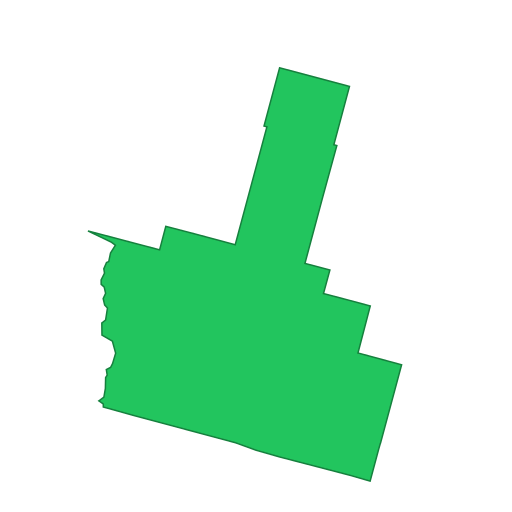 Grant, New Mexico, United States of America, rotated 195°
{"feature_id": "52423323B35670822030134", "entity_name": "Grant", "entity_type": "district", "adm_level": 2, "iso_a3": "USA", "parent_name": "United States of America", "parent_adm1": "New Mexico", "projection": "robinson", "projection_center": [-108.207, 32.536], "detail": "fine", "context": "isolated", "style": "filled", "palette": "green", "viewbox_px": 512, "rotation_deg": 195, "n_neighbors": 0, "source": "geoboundaries", "source_scale": "gbopen_adm2", "svg_char_len": 891}
<svg xmlns="http://www.w3.org/2000/svg" viewBox="0 0 512 512"><g transform="rotate(195 256 256)"><path d="M87.5,68.1L87.5,87.9L87.5,88.1L87.5,100.5L87.5,100.8L87.4,107.1L87.3,107.4L87.2,188.6L132.4,188.7L132.7,237.3L159.6,237.3L181.1,237.2L181.0,261.6L206.8,261.5L206.8,330.3L206.5,383.6L209.6,383.6L209.6,444.0L281.9,443.9L281.9,383.6L278.9,383.6L278.9,348.0L279.0,261.5L320.6,261.5L350.8,261.3L350.7,237.0L424.8,236.7L399.3,231.9L394.6,230.0L397.3,221.2L396.8,212.5L398.7,211.0L399.7,204.3L397.9,200.2L399.4,192.8L398.2,188.5L394.6,186.7L391.6,181.0L392.6,175.3L389.5,169.5L386.0,167.3L384.7,155.2L387.6,151.4L384.3,139.7L372.7,136.6L366.4,125.8L366.7,115.0L367.6,110.8L371.2,107.6L368.9,102.4L369.8,99.7L367.2,89.0L366.4,80.3L370.3,75.4L365.2,73.5L364.4,70.6L332.6,70.3L227.4,70.3L205.6,68.4L181.3,68.0L108.8,68.5L87.5,68.1Z" fill="#22c55e" stroke="#15803d" stroke-width="1.5"/></g></svg>